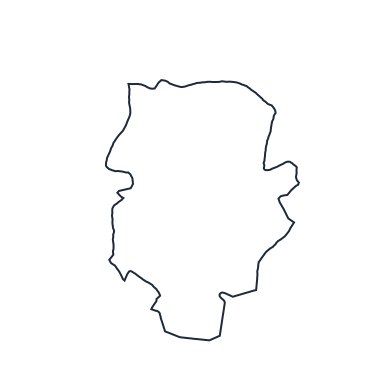 outline of Gashaka, Taraba, Nigeria, rotated 45°
{"feature_id": "59680162B87534880716336", "entity_name": "Gashaka", "entity_type": "district", "adm_level": 2, "iso_a3": "NGA", "parent_name": "Nigeria", "parent_adm1": "Taraba", "projection": "mercator", "projection_center": [11.323, 7.498], "detail": "fine", "context": "isolated", "style": "outline", "palette": "slate", "viewbox_px": 384, "rotation_deg": 45, "n_neighbors": 0, "source": "geoboundaries", "source_scale": "gbopen_adm2", "svg_char_len": 4329}
<svg xmlns="http://www.w3.org/2000/svg" viewBox="0 0 384 384"><g transform="rotate(45 192 192)"><path d="M306.7,216.0L299.3,207.1L298.7,206.5L297.2,204.7L296.1,203.6L295.4,203.0L294.1,201.8L293.1,200.0L291.8,198.3L289.8,195.9L288.8,194.4L287.8,188.8L287.5,187.0L287.3,185.4L286.8,182.6L286.8,181.1L287.0,178.3L287.3,176.2L287.6,174.9L288.0,173.9L287.9,173.2L287.9,172.0L287.9,171.8L287.9,171.3L288.0,170.1L288.0,169.7L287.6,168.6L287.6,168.4L287.5,166.5L287.5,166.0L288.2,163.2L289.0,157.8L288.7,154.7L288.2,150.9L287.2,148.3L285.7,141.4L278.7,142.6L269.0,139.3L261.4,137.3L257.9,135.6L257.7,132.5L258.6,130.6L261.5,126.6L260.9,120.7L261.2,114.3L261.9,111.7L260.9,109.8L257.8,109.5L255.0,108.0L252.8,104.9L250.5,102.7L248.5,100.4L247.2,100.3L244.0,100.8L242.5,100.8L240.8,101.3L239.9,101.4L239.5,101.7L238.3,102.8L237.6,103.9L237.1,105.1L236.8,106.2L236.3,108.2L235.7,109.7L235.0,111.8L234.7,112.8L234.2,114.4L232.1,119.0L231.6,121.0L230.0,123.1L228.7,124.4L228.5,124.6L227.2,124.8L226.2,124.6L224.5,122.3L224.1,121.8L222.3,121.0L220.8,118.2L220.0,117.4L219.0,116.1L218.3,115.1L216.6,113.2L216.0,112.5L214.7,110.5L213.9,109.7L212.1,107.4L210.9,105.1L208.8,102.5L208.1,100.5L207.0,98.7L206.3,96.9L204.7,93.5L202.4,90.7L200.2,87.6L198.9,85.6L198.6,85.1L198.1,83.3L197.1,81.7L196.6,81.2L196.1,80.4L195.6,79.2L195.3,77.1L194.3,76.3L193.3,75.6L191.2,74.9L187.2,74.4L185.6,75.2L184.8,75.5L183.4,76.1L180.7,76.2L179.6,76.3L177.3,76.8L176.2,76.4L173.9,76.5L172.4,76.6L170.1,76.7L169.0,76.8L167.1,76.8L164.4,77.3L161.4,77.9L159.9,77.9L157.3,78.4L155.7,78.5L153.9,79.4L152.8,79.8L151.3,80.7L150.2,81.1L148.7,81.6L147.2,82.4L145.7,83.2L144.6,84.1L143.5,84.9L142.1,86.1L140.6,87.3L139.5,88.6L138.4,89.8L137.3,90.6L134.8,92.6L134.1,93.8L133.5,94.7L132.6,95.8L130.5,97.9L128.6,99.9L127.5,100.7L125.0,103.2L123.9,104.8L121.4,107.6L120.4,109.2L120.0,109.5L118.2,111.6L117.5,113.2L116.1,115.6L115.1,117.6L114.0,119.2L113.3,120.8L112.3,122.7L110.8,124.7L110.1,125.5L107.9,126.8L104.2,128.9L103.1,129.4L101.2,130.2L99.4,131.1L97.1,131.2L94.5,132.1L91.2,134.5L91.2,135.7L91.0,138.0L91.4,140.0L91.9,142.3L92.4,145.3L90.6,147.3L88.8,148.6L86.2,149.5L84.3,150.0L83.2,150.4L81.3,151.3L80.2,151.7L78.7,152.9L77.6,153.7L75.8,155.4L74.7,156.6L74.0,157.4L71.8,159.4L70.7,160.5L71.5,161.0L73.5,162.5L75.1,163.5L77.1,165.8L78.7,167.3L80.3,169.5L82.7,171.3L83.5,172.5L84.7,173.6L89.4,176.8L92.2,179.4L93.4,180.9L94.6,183.2L95.5,185.5L96.4,187.8L97.6,190.4L98.1,191.5L99.0,194.6L99.8,197.3L100.0,200.0L100.0,201.5L100.1,202.7L100.2,204.2L100.7,207.7L101.2,210.0L101.5,211.3L101.7,212.7L103.0,215.3L103.9,218.4L104.7,219.9L105.6,221.8L106.4,224.1L107.3,226.4L107.8,227.9L109.4,230.1L110.2,231.6L111.4,233.1L112.6,234.2L113.8,234.6L115.7,234.5L117.2,234.4L118.7,233.6L120.2,233.1L121.3,232.3L122.8,231.8L124.2,230.2L124.9,229.4L126.0,228.6L127.5,227.4L128.6,226.6L130.1,225.7L131.8,224.7L133.0,223.3L134.5,223.2L136.0,223.1L138.0,223.8L139.1,224.1L140.3,224.5L141.5,225.6L143.0,226.7L144.6,228.1L145.1,229.7L146.0,232.7L139.6,242.9L139.8,245.3L144.3,245.5L146.0,245.3L147.7,244.8L147.7,245.8L147.8,247.4L147.5,249.3L147.2,250.5L147.0,253.2L146.4,256.7L147.3,259.8L148.5,261.3L150.5,263.1L152.1,265.3L153.7,266.4L155.6,267.9L157.2,269.8L158.8,271.2L160.0,271.9L161.2,273.1L164.3,274.5L165.5,276.0L166.4,277.9L168.0,279.3L169.6,281.6L171.5,283.0L173.5,284.5L175.1,286.0L176.8,287.8L177.1,288.2L177.9,289.7L178.7,290.4L180.7,291.9L181.5,298.5L185.0,299.5L189.7,298.5L192.2,299.0L193.1,299.2L194.7,299.4L197.1,299.8L201.5,301.2L204.5,302.4L206.9,302.3L204.4,296.1L203.7,292.6L204.6,291.2L206.1,290.7L208.0,290.3L209.9,289.8L211.4,289.7L214.8,289.2L217.4,288.7L218.9,288.6L221.2,288.1L223.1,287.7L225.3,286.8L227.6,286.3L229.8,285.8L231.3,286.1L234.0,286.0L235.9,285.9L237.0,286.3L239.3,286.5L241.3,287.2L242.8,287.9L242.6,292.7L244.0,294.4L245.3,301.4L246.1,303.6L250.0,301.8L251.7,300.7L253.0,300.4L254.8,300.5L256.4,301.6L258.0,302.3L258.6,302.9L259.2,303.3L264.2,305.8L271.3,309.5L271.6,309.6L273.1,308.9L285.8,303.4L286.7,302.8L298.8,293.1L299.0,292.9L309.2,284.6L313.3,274.0L302.3,259.1L298.6,254.0L294.6,248.6L293.9,247.6L293.1,246.8L292.0,246.3L290.7,246.1L287.9,246.4L286.4,246.3L285.1,246.0L284.3,245.4L283.8,244.3L283.8,243.0L284.3,242.0L285.1,241.2L287.1,240.1L294.9,237.2L305.3,218.2L306.7,216.0Z" fill="none" stroke="#1e293b" stroke-width="2"/></g></svg>